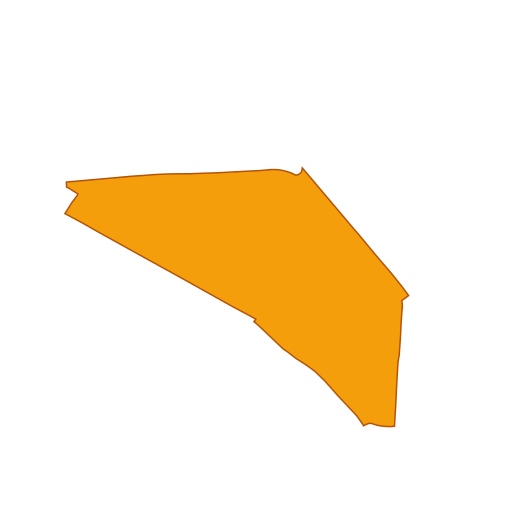 Al Sharabiyya, Al Qahirah, Egypt, rotated 298°
{"feature_id": "37247803B22012205190656", "entity_name": "Al Sharabiyya", "entity_type": "district", "adm_level": 2, "iso_a3": "EGY", "parent_name": "Egypt", "parent_adm1": "Al Qahirah", "projection": "albers", "projection_center": [31.264, 30.082], "detail": "fine", "context": "isolated", "style": "filled", "palette": "amber", "viewbox_px": 512, "rotation_deg": 298, "n_neighbors": 0, "source": "geoboundaries", "source_scale": "gbopen_adm2", "svg_char_len": 2086}
<svg xmlns="http://www.w3.org/2000/svg" viewBox="0 0 512 512"><g transform="rotate(298 256 256)"><path d="M169.1,455.8L170.7,458.2L182.2,452.9L190.1,449.3L199.0,445.1L204.4,442.5L212.2,438.9L223.9,433.5L229.0,431.2L234.9,429.2L235.3,429.1L235.7,429.0L243.3,425.6L254.2,420.7L260.9,417.5L261.5,417.2L262.2,416.9L272.7,412.1L280.6,408.7L281.5,408.2L282.3,407.7L284.3,406.2L284.6,405.9L285.0,405.6L292.7,409.3L295.1,404.4L297.7,398.8L301.2,390.7L304.5,383.1L305.6,380.1L306.1,378.9L306.6,377.7L310.7,367.1L315.4,355.5L322.5,338.3L323.8,335.1L325.9,329.5L355.5,255.5L354.8,255.7L354.4,255.9L353.9,256.1L353.3,256.3L352.5,256.5L351.9,256.5L351.4,256.5L350.8,256.5L350.3,256.4L349.8,256.2L349.2,256.0L348.7,255.8L348.3,255.5L347.8,255.2L347.4,254.8L347.0,254.4L346.7,254.0L346.3,253.6L346.0,253.0L346.0,252.2L346.0,251.4L346.0,250.5L345.9,249.7L345.8,248.9L345.8,248.1L345.7,247.2L345.6,246.4L345.4,245.6L345.3,244.8L345.2,244.0L345.0,243.2L344.8,242.4L344.6,241.6L344.4,240.7L344.2,240.0L344.0,239.2L343.7,238.4L343.5,237.6L343.2,236.8L342.9,236.0L342.6,235.3L342.3,234.5L341.9,233.7L341.6,233.0L341.2,232.2L340.9,231.5L340.5,230.8L340.1,230.1L339.7,229.3L339.3,228.6L338.9,227.9L338.4,227.2L338.0,226.5L337.8,226.3L337.4,225.7L333.7,220.0L311.5,183.1L298.9,161.2L298.6,160.7L298.3,160.3L296.6,157.2L292.9,150.3L289.4,143.9L285.7,137.4L280.9,129.2L274.5,119.2L268.0,108.7L242.4,69.4L233.0,55.0L232.6,54.4L232.2,53.8L227.8,56.5L227.9,57.1L228.0,57.7L228.0,58.4L228.0,59.1L227.4,67.0L227.3,69.6L225.9,69.7L224.4,69.6L216.5,68.3L209.2,67.8L203.7,67.4L203.7,85.5L203.1,106.9L202.1,162.7L201.7,191.9L201.5,202.8L200.8,235.9L200.5,249.8L200.3,262.1L200.3,274.9L200.2,285.5L197.0,285.0L197.0,285.3L196.7,287.0L195.2,293.1L195.0,293.6L194.9,294.2L188.3,317.9L186.6,324.0L186.3,327.8L184.3,339.5L183.3,351.8L181.8,362.4L180.4,367.1L178.2,374.8L170.8,394.7L165.8,409.4L162.1,420.2L157.8,428.7L157.3,429.8L156.5,430.6L158.2,431.7L159.0,432.3L161.4,434.5L161.9,435.6L162.4,436.6L163.3,441.8L164.3,445.3L166.3,450.3L168.3,454.5L169.1,455.8Z" fill="#f59e0b" stroke="#b45309" stroke-width="1.5"/></g></svg>